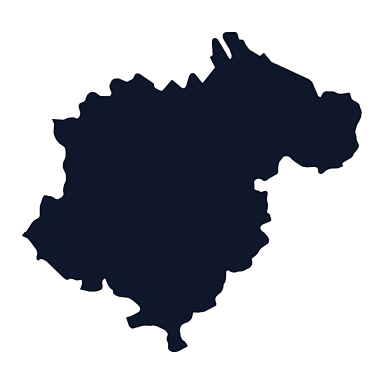 Teruel, Mercator projection
{"feature_id": "ESP-5847", "entity_name": "Teruel", "entity_type": "Autonomous Community", "adm_level": 1, "iso_a3": "ESP", "parent_name": "Spain", "parent_adm1": "", "projection": "mercator", "projection_center": [-0.788, 40.603], "detail": "fine", "context": "isolated", "style": "filled", "palette": "ink", "viewbox_px": 384, "rotation_deg": 0, "n_neighbors": 0, "source": "natural_earth", "source_scale": "10m", "svg_char_len": 5017}
<svg xmlns="http://www.w3.org/2000/svg" viewBox="0 0 384 384"><path d="M129.8,326.1L127.0,317.9L130.8,316.9L138.5,313.0L139.7,312.1L140.5,310.8L141.0,309.3L140.9,307.9L140.3,306.5L138.2,304.1L133.0,299.7L128.9,297.2L118.6,295.9L115.4,294.4L114.2,293.2L113.7,291.9L113.7,290.8L113.6,289.8L112.9,289.2L111.6,288.4L110.5,287.4L109.5,286.1L108.7,284.7L107.3,281.7L106.3,278.9L105.8,277.9L104.8,277.5L102.6,279.2L101.7,280.8L101.3,282.6L101.9,285.8L101.8,287.4L101.0,288.9L97.9,290.2L94.6,290.9L89.5,290.8L81.0,288.8L81.9,286.8L82.7,284.2L82.8,282.7L82.7,281.1L82.5,279.8L81.6,278.9L77.6,279.7L75.7,279.4L73.5,278.5L71.2,278.0L69.5,278.0L67.3,279.2L66.0,278.6L63.8,277.1L46.9,260.7L42.9,258.5L40.5,258.2L39.0,259.0L38.3,259.7L37.4,259.3L37.2,256.6L37.9,254.9L38.0,252.6L37.2,249.6L30.5,240.6L27.7,237.6L23.0,235.5L25.0,232.9L26.0,232.6L27.2,231.5L32.4,223.4L33.8,221.7L35.2,220.5L38.3,219.0L39.6,217.9L40.5,216.2L40.5,208.7L40.7,205.8L43.3,198.0L44.1,196.7L45.1,195.9L49.2,196.9L50.6,196.9L53.3,198.1L54.6,199.1L55.9,199.8L57.3,200.0L58.7,199.8L61.4,198.2L62.7,197.2L63.7,195.9L64.4,194.6L63.8,190.6L64.0,188.1L64.9,184.7L66.2,181.9L66.7,180.2L66.7,175.7L66.3,173.6L65.1,170.8L64.1,168.9L63.5,167.0L63.6,164.8L63.8,163.0L64.4,161.3L66.0,158.1L66.4,156.0L66.3,151.0L66.0,149.0L65.5,147.4L64.0,145.8L59.8,142.9L57.6,140.3L56.4,138.6L55.2,135.8L54.3,132.6L54.7,125.7L54.9,123.9L53.1,119.8L63.7,120.5L68.4,118.5L73.6,118.0L76.7,119.4L78.4,118.9L79.9,117.2L80.9,114.8L81.0,112.5L79.7,107.9L79.4,105.5L80.4,103.8L84.1,102.4L85.1,101.6L86.1,100.0L87.3,96.4L88.3,94.8L89.9,93.5L91.7,92.8L93.7,92.8L95.5,93.5L100.2,96.8L109.7,96.9L111.6,95.5L112.3,93.2L111.8,91.1L110.8,89.1L110.2,86.9L110.3,85.4L112.2,81.1L113.5,79.9L115.2,79.3L118.7,79.2L126.1,82.4L127.7,82.4L133.5,79.3L135.5,75.2L136.1,74.5L137.0,74.1L139.3,74.5L153.1,84.0L153.4,86.3L154.0,87.8L155.0,88.8L160.6,91.6L162.0,91.5L163.2,90.9L172.0,80.7L181.6,88.6L183.2,89.1L185.2,88.5L186.7,86.7L189.9,76.0L191.5,74.0L193.3,73.7L195.1,75.1L202.5,84.4L216.0,67.5L210.8,57.5L213.5,55.4L212.6,42.2L213.0,39.9L214.5,38.7L216.0,39.0L217.4,40.1L228.5,58.8L229.8,59.9L231.1,59.7L232.1,57.7L232.4,56.3L232.3,55.0L230.3,49.3L224.2,39.0L223.4,36.5L223.7,34.3L225.6,32.9L234.9,32.7L236.1,33.2L237.0,34.6L237.9,38.4L238.5,39.5L239.4,40.3L242.5,40.5L243.4,41.3L245.0,44.9L248.9,50.2L260.0,56.9L263.8,53.8L271.0,62.5L308.5,79.8L311.6,82.5L317.7,96.9L320.7,98.1L321.5,97.4L323.1,94.1L323.7,93.3L324.4,92.7L326.0,92.0L333.5,92.2L337.4,94.1L341.2,94.6L349.2,93.4L351.0,99.3L353.5,101.4L355.8,102.4L358.5,104.5L361.0,112.2L360.3,117.2L359.4,118.8L358.7,120.8L356.9,123.7L356.2,125.1L355.9,126.7L355.3,128.4L354.8,130.1L354.5,132.2L355.5,135.4L355.8,137.1L355.8,139.3L356.4,141.1L358.1,144.9L358.0,146.6L357.3,148.1L356.5,149.4L353.4,153.1L352.0,155.9L350.9,157.1L342.1,162.3L341.3,163.2L342.2,165.8L337.6,167.6L331.5,167.8L329.3,168.2L327.4,168.9L326.1,169.7L324.6,170.7L323.3,172.0L321.5,173.2L320.1,173.1L319.1,172.4L318.8,171.1L318.8,169.7L318.3,168.1L317.2,166.8L314.5,166.1L306.5,166.6L302.3,165.8L295.0,161.0L292.5,158.9L291.4,157.6L289.8,156.4L287.6,155.4L284.7,155.5L282.9,156.2L279.9,160.0L279.0,161.3L278.3,162.7L277.6,165.8L277.4,169.1L277.4,170.7L277.4,172.1L276.6,173.5L268.4,178.0L267.1,179.2L265.2,180.2L263.9,180.2L261.2,178.4L258.6,177.9L256.7,178.3L254.9,179.3L253.5,180.8L253.3,182.4L253.6,183.9L253.7,185.5L253.5,188.4L254.0,189.7L255.1,190.5L256.5,191.1L257.9,191.2L259.1,192.0L260.5,192.5L261.9,192.7L264.7,191.7L265.9,191.7L266.9,192.4L266.8,195.2L266.4,197.0L266.2,198.5L266.5,201.6L266.9,203.0L267.2,204.5L267.1,207.6L266.9,209.1L266.4,210.5L266.3,211.9L266.5,213.1L268.9,214.6L269.1,214.8L269.9,217.4L270.4,218.7L270.5,219.9L269.6,220.8L262.2,223.9L260.5,225.4L259.5,226.9L259.7,228.5L260.3,230.1L261.2,231.4L263.7,233.2L264.8,234.3L266.8,236.7L267.7,238.2L268.3,239.9L268.1,241.9L267.2,243.2L260.9,247.4L259.3,249.2L256.8,253.3L254.8,255.3L251.3,258.0L251.0,259.4L251.4,260.9L251.5,262.5L251.2,264.7L250.2,266.2L248.9,267.4L243.0,270.2L241.6,270.6L238.6,270.8L237.1,271.1L235.7,271.6L234.5,271.8L233.6,271.8L231.1,271.2L229.7,270.2L228.2,269.7L226.6,269.7L225.7,270.8L225.4,272.2L225.4,275.2L225.2,276.6L225.3,278.1L224.7,281.3L223.6,283.2L222.8,284.7L222.5,288.0L221.7,289.8L220.4,291.9L218.2,293.6L215.5,296.3L214.8,297.8L214.5,299.5L214.8,301.1L215.6,304.0L215.3,305.2L204.1,311.0L198.0,311.9L195.3,311.8L194.0,311.6L192.9,311.9L192.3,313.0L191.6,316.4L190.9,318.3L189.5,320.0L189.0,320.4L186.9,321.8L185.2,322.2L181.5,324.2L180.4,325.6L179.7,327.1L179.2,330.3L179.1,331.7L179.6,332.9L179.6,334.3L180.2,337.2L181.6,340.0L182.7,341.0L184.0,341.8L185.8,343.9L186.8,346.0L177.9,350.7L175.8,351.2L172.9,351.3L171.2,350.7L169.8,349.8L168.9,348.6L168.8,347.0L168.9,345.3L168.8,343.8L168.6,342.4L168.0,341.2L167.4,340.0L167.4,338.6L167.7,337.1L168.3,335.7L168.6,334.1L167.9,332.3L165.6,329.6L157.7,325.8L155.0,325.0L153.2,324.7L150.3,325.1L144.6,324.8L140.6,325.5L137.6,326.6L136.2,326.8L132.4,327.9L129.8,326.1Z" fill="#0f172a" stroke="#020617" stroke-width="1.5"/></svg>